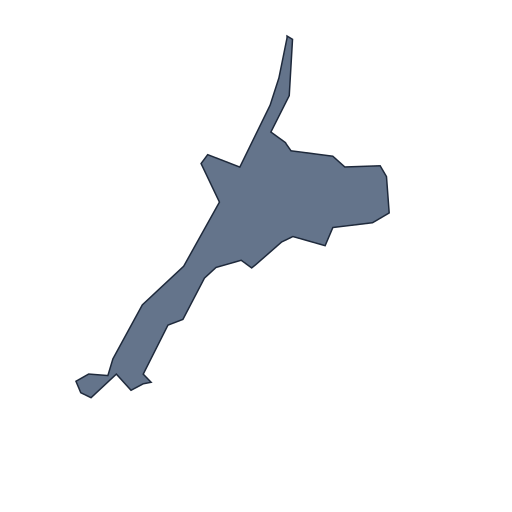 the district of Hagåtña, Guam, rotated 300°
{"feature_id": "77769853B92026365900832", "entity_name": "Hagåtña", "entity_type": "district", "adm_level": 2, "iso_a3": "GUM", "parent_name": "Guam", "parent_adm1": "", "projection": "mercator", "projection_center": [144.749, 13.472], "detail": "fine", "context": "isolated", "style": "filled", "palette": "slate", "viewbox_px": 512, "rotation_deg": 300, "n_neighbors": 0, "source": "geoboundaries", "source_scale": "gbopen_adm2", "svg_char_len": 712}
<svg xmlns="http://www.w3.org/2000/svg" viewBox="0 0 512 512"><g transform="rotate(300 256 256)"><path d="M462.0,172.9L460.5,173.8L421.7,186.8L393.8,192.8L327.0,197.4L324.9,197.5L319.6,163.5L308.6,162.2L284.4,197.4L211.0,198.5L156.9,182.0L95.4,183.5L78.4,187.5L70.1,170.1L57.5,162.7L50.0,172.6L50.8,184.0L83.9,194.1L77.2,214.9L88.9,222.2L94.2,228.3L97.3,217.4L152.1,214.3L164.6,224.4L211.1,222.4L226.1,227.1L244.9,245.3L243.5,258.2L248.1,260.0L281.0,271.2L291.3,278.2L299.5,310.7L319.1,308.3L343.1,340.3L359.9,349.8L390.0,329.3L396.2,318.4L377.5,288.4L380.8,272.6L364.6,233.7L368.1,226.2L368.9,224.9L370.8,206.9L411.5,204.6L461.9,179.3L462.0,172.9Z" fill="#64748b" stroke="#1e293b" stroke-width="1.5"/></g></svg>